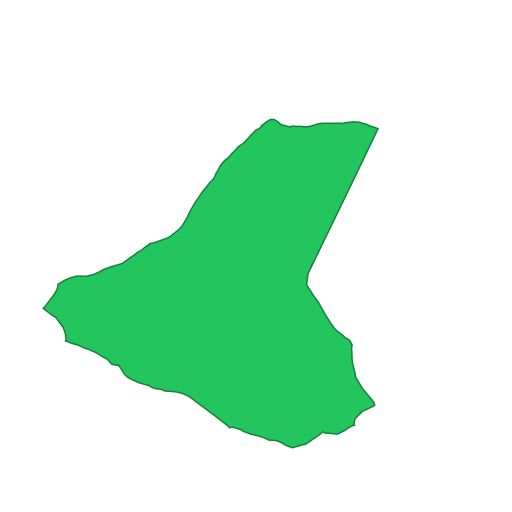 Idanre, Ondo, Nigeria (Mercator projection), rotated 295°
{"feature_id": "59680162B2298430697284", "entity_name": "Idanre", "entity_type": "district", "adm_level": 2, "iso_a3": "NGA", "parent_name": "Nigeria", "parent_adm1": "Ondo", "projection": "mercator", "projection_center": [5.189, 6.977], "detail": "fine", "context": "isolated", "style": "filled", "palette": "green", "viewbox_px": 512, "rotation_deg": 295, "n_neighbors": 0, "source": "geoboundaries", "source_scale": "gbopen_adm2", "svg_char_len": 2764}
<svg xmlns="http://www.w3.org/2000/svg" viewBox="0 0 512 512"><g transform="rotate(295 256 256)"><path d="M89.1,304.2L91.1,307.3L91.7,311.8L92.3,316.3L91.7,318.6L92.1,323.0L92.3,325.9L93.5,332.1L94.1,335.5L94.7,340.1L94.7,345.7L97.0,351.4L97.6,355.3L97.6,357.6L97.6,357.8L97.0,363.2L97.6,370.0L104.5,377.9L106.7,380.7L120.9,389.1L124.8,390.8L124.8,393.6L126.6,398.1L127.7,401.5L128.9,404.9L134.8,409.8L137.7,411.5L140.5,413.2L143.3,415.4L144.1,416.8L146.4,415.5L150.3,414.4L160.5,418.3L163.1,420.5L164.5,421.7L170.7,426.7L173.0,425.0L176.3,418.2L178.5,413.7L180.2,409.7L181.9,406.9L184.7,402.9L188.0,397.8L191.4,395.5L197.6,390.4L201.5,387.5L206.0,385.2L209.4,383.5L212.2,381.8L216.1,380.7L218.9,376.7L219.5,375.0L219.5,371.6L220.6,368.8L221.1,366.5L221.7,364.2L222.2,361.5L223.3,358.1L225.0,355.3L226.1,353.0L227.3,351.3L229.5,347.8L232.3,343.2L234.0,341.0L240.1,332.5L240.8,331.3L244.6,324.5L251.3,314.0L262.0,310.6L361.8,312.1L375.9,312.3L422.9,312.8L422.7,309.4L422.1,305.4L422.1,303.6L422.1,300.9L421.5,297.5L420.9,293.0L418.6,287.3L415.2,281.7L412.4,277.8L411.2,274.4L407.8,267.6L405.5,262.5L403.8,259.1L401.0,255.2L399.8,254.1L395.9,249.6L393.6,245.6L392.4,241.7L390.7,238.3L389.0,233.8L387.3,232.1L385.6,223.0L386.7,219.6L387.2,216.8L387.2,214.0L385.5,211.1L382.1,208.9L378.7,207.2L377.0,206.1L375.3,206.1L373.6,205.5L371.4,203.9L369.8,202.5L366.8,201.6L364.0,200.5L360.1,199.4L353.3,197.2L347.6,193.8L343.7,192.7L339.2,191.0L333.5,189.4L329.0,187.1L325.0,186.0L322.8,185.5L321.1,185.5L318.4,185.5L314.3,184.9L311.5,185.0L309.2,185.0L306.4,184.4L303.6,183.3L299.1,182.2L294.5,181.1L290.0,180.0L285.5,179.4L279.3,178.3L273.7,177.8L269.1,177.3L266.9,177.3L261.3,177.3L258.6,177.1L255.6,176.8L251.1,176.2L246.6,174.6L242.1,172.3L238.7,170.6L235.8,169.0L232.4,165.6L229.0,162.2L225.1,158.3L222.2,154.3L220.5,153.8L217.2,151.9L216.6,151.5L212.0,149.3L209.2,147.0L205.8,145.4L201.9,143.1L199.4,141.7L196.8,140.3L192.8,138.1L188.8,133.6L185.4,129.6L182.6,126.8L179.2,123.4L175.2,120.6L173.2,118.8L170.1,116.1L168.4,113.9L166.1,111.1L162.1,102.2L157.4,96.7L152.7,92.6L146.8,88.5L142.9,89.7L140.1,89.7L135.0,89.2L129.9,88.0L127.1,87.5L124.8,86.9L121.5,86.4L118.6,85.3L117.5,90.4L116.4,95.5L115.9,98.0L115.9,100.4L114.2,103.4L112.0,107.4L109.8,111.4L105.3,115.9L103.6,117.1L100.8,118.8L98.3,119.5L98.9,121.4L98.9,125.3L100.1,132.4L100.1,135.5L100.1,140.0L100.7,144.0L100.7,147.4L100.7,153.6L100.1,158.3L99.7,161.0L99.7,164.9L98.0,168.4L96.9,171.2L98.8,177.7L97.7,179.9L95.5,183.3L93.3,186.7L92.1,190.1L91.6,194.1L91.6,196.4L91.6,199.2L91.6,200.9L91.7,203.2L92.2,207.1L93.4,213.9L92.9,217.3L93.4,221.3L95.2,226.9L95.2,230.9L96.9,234.8L99.2,241.6L100.4,247.8L100.4,254.6L92.7,291.4L89.9,303.3L89.1,304.2Z" fill="#22c55e" stroke="#15803d" stroke-width="1.5"/></g></svg>